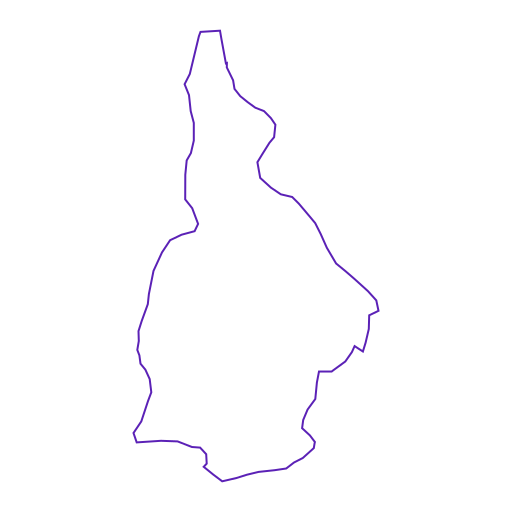 outline of Arvika, Värmland, Sweden
{"feature_id": "70781695B82025139549560", "entity_name": "Arvika", "entity_type": "district", "adm_level": 2, "iso_a3": "SWE", "parent_name": "Sweden", "parent_adm1": "Värmland", "projection": "orthographic", "projection_center": [12.668, 59.764], "detail": "fine", "context": "isolated", "style": "outline", "palette": "violet", "viewbox_px": 512, "rotation_deg": 0, "n_neighbors": 0, "source": "geoboundaries", "source_scale": "gbopen_adm2", "svg_char_len": 1349}
<svg xmlns="http://www.w3.org/2000/svg" viewBox="0 0 512 512"><path d="M200.5,31.9L198.9,36.2L189.8,74.0L184.6,84.2L189.0,95.1L190.7,111.1L193.8,122.9L193.8,140.6L190.9,153.1L186.7,160.4L185.3,174.7L185.2,199.4L192.2,208.2L198.1,223.9L194.6,231.2L181.6,234.7L170.1,240.2L162.0,252.4L153.5,270.9L148.9,294.0L147.8,304.2L141.7,321.0L138.5,331.1L138.8,341.0L137.3,349.9L139.4,355.4L140.5,363.7L145.4,369.7L149.7,379.1L151.3,392.3L148.0,401.1L141.3,421.4L133.5,433.0L136.7,442.4L161.0,440.8L177.6,441.4L191.9,447.0L200.1,447.6L206.2,454.2L206.7,463.6L203.7,466.8L213.3,474.6L222.2,481.3L236.5,478.0L247.0,474.7L258.6,471.9L274.6,470.2L286.2,468.5L294.0,462.5L302.8,458.0L313.8,448.1L314.6,443.2L314.9,442.0L309.9,435.4L302.1,428.2L303.2,420.0L307.6,409.5L315.3,399.0L316.9,382.5L319.0,371.5L331.7,371.5L333.5,370.1L345.3,361.5L351.9,352.1L354.6,346.1L362.9,351.5L365.6,342.7L368.8,329.0L369.2,315.3L376.7,311.7L378.5,310.8L376.3,300.4L368.0,291.2L354.2,278.7L345.4,271.1L336.1,263.5L326.8,247.7L320.7,234.0L315.2,223.1L307.5,213.9L298.8,203.6L292.2,197.0L280.8,194.3L271.0,187.7L260.2,177.9L257.4,162.2L262.9,153.2L269.5,142.7L274.1,137.2L275.4,124.7L270.9,118.1L264.0,111.1L255.3,107.7L247.6,102.1L240.3,96.2L234.5,88.9L233.1,80.3L226.8,67.4L226.9,63.0L225.9,63.4L221.4,38.9L220.0,30.7L200.5,31.9Z" fill="none" stroke="#5b21b6" stroke-width="2"/></svg>